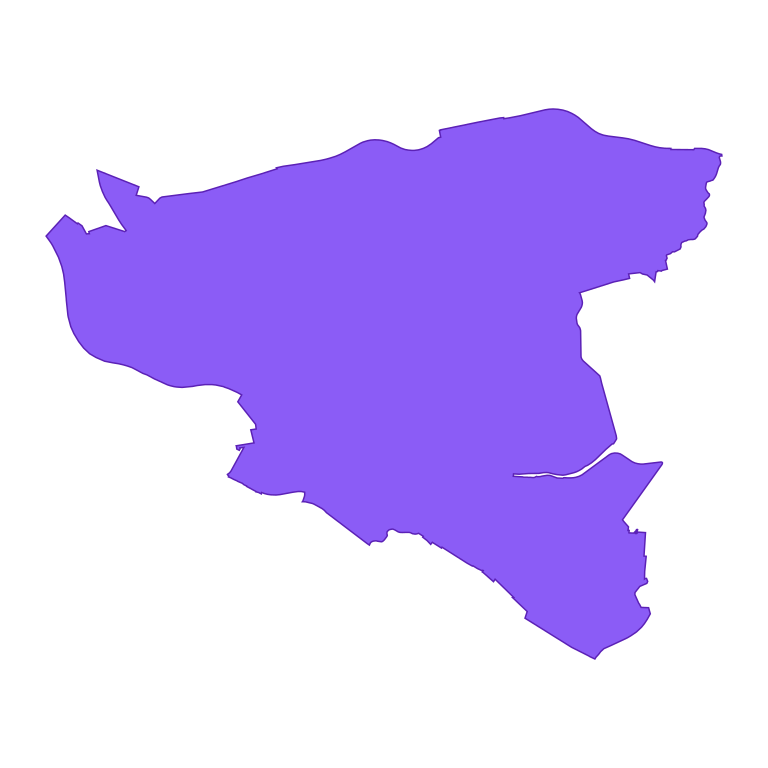 the district of Parramatta, New South Wales, Australia
{"feature_id": "25037944B24816754384688", "entity_name": "Parramatta", "entity_type": "district", "adm_level": 2, "iso_a3": "AUS", "parent_name": "Australia", "parent_adm1": "New South Wales", "projection": "albers", "projection_center": [151.053, -33.808], "detail": "fine", "context": "isolated", "style": "filled", "palette": "violet", "viewbox_px": 768, "rotation_deg": 0, "n_neighbors": 0, "source": "geoboundaries", "source_scale": "gbopen_adm2", "svg_char_len": 6079}
<svg xmlns="http://www.w3.org/2000/svg" viewBox="0 0 768 768"><path d="M58.5,257.3L61.8,266.5L63.6,274.1L64.7,282.4L66.3,299.1L66.3,300.0L67.9,315.1L68.2,316.9L70.8,326.7L73.9,333.6L78.7,341.6L83.7,348.1L89.6,353.7L96.1,357.5L104.6,361.2L112.7,362.8L118.4,363.7L123.2,364.8L127.4,366.0L132.0,367.6L142.9,373.4L147.0,374.9L154.4,378.9L167.4,384.8L170.2,385.7L173.9,386.6L176.6,387.0L182.1,387.4L192.6,386.4L197.3,385.5L204.9,384.6L212.1,384.6L215.9,385.0L223.8,386.7L224.1,387.0L228.5,388.5L237.0,392.3L241.7,394.9L237.8,401.8L255.6,424.3L256.2,429.0L250.8,429.8L254.0,442.9L236.2,445.8L236.4,446.3L236.8,449.1L239.3,450.3L240.1,448.8L239.9,447.9L243.9,447.4L231.0,471.0L229.5,472.9L227.4,474.4L227.9,475.2L228.7,475.9L228.4,476.9L230.7,477.8L233.5,479.3L237.3,481.0L237.6,481.3L242.3,483.3L243.9,484.7L246.7,486.0L246.6,486.4L256.0,491.5L255.9,491.8L258.6,492.5L261.3,493.9L261.6,492.5L264.3,493.5L267.4,494.3L270.8,494.8L276.0,495.0L280.0,494.6L293.0,492.2L298.1,491.5L301.2,491.5L304.7,492.2L304.7,494.8L304.5,496.2L302.9,501.0L302.4,501.7L305.4,501.8L312.5,503.5L314.1,504.2L322.1,508.6L324.3,510.3L326.5,512.7L367.2,543.6L369.4,545.1L370.2,543.3L370.8,542.4L372.0,541.6L373.4,541.1L376.0,540.8L377.5,541.2L381.4,541.8L382.2,541.6L382.9,541.2L384.4,539.8L386.7,536.7L387.2,535.8L387.3,535.1L387.0,534.2L386.9,533.4L387.0,532.3L387.2,531.6L388.7,530.1L389.7,529.6L392.1,529.1L393.2,529.2L395.0,530.0L398.2,531.9L400.0,532.4L402.2,532.5L405.4,532.4L409.3,532.4L410.5,532.7L412.5,533.7L415.1,534.1L416.8,533.9L418.6,533.3L423.3,536.3L422.7,537.2L427.0,540.5L430.7,544.4L432.3,542.3L441.5,548.1L442.0,547.2L467.0,563.1L472.4,566.1L472.9,565.8L477.5,568.6L482.0,570.7L482.8,570.3L483.3,570.6L482.3,572.0L483.1,572.5L493.5,581.7L495.1,579.2L513.7,597.4L512.6,597.6L527.2,611.5L525.0,618.2L571.6,647.3L588.7,655.9L589.8,656.6L594.9,659.0L596.0,657.2L598.5,654.5L600.6,651.7L603.8,648.7L611.0,645.5L627.4,637.8L631.1,635.6L636.5,631.9L641.6,627.1L644.5,623.5L647.2,619.4L650.3,613.8L648.6,607.7L641.1,607.4L639.4,604.1L638.8,603.4L634.9,594.7L635.0,592.5L639.8,586.4L646.9,583.3L647.7,581.4L646.5,578.4L645.2,578.5L644.5,579.0L644.7,571.3L646.2,556.3L644.0,556.1L645.5,532.6L638.0,532.1L636.7,533.5L635.3,533.5L635.2,533.3L635.3,533.0L636.1,532.0L636.4,531.8L637.1,531.8L637.3,531.6L637.0,531.2L636.9,530.9L637.6,530.0L637.7,529.8L637.5,529.5L637.1,529.5L636.5,529.6L636.2,530.5L633.7,533.1L629.0,532.9L628.9,532.5L629.2,530.4L628.7,530.1L628.0,530.3L628.5,526.9L623.8,521.5L622.5,519.8L662.0,464.5L662.4,463.5L662.4,462.6L661.8,462.1L661.0,462.0L643.0,464.1L640.9,464.1L637.8,463.7L635.0,463.0L632.1,461.7L622.0,454.9L620.3,453.9L617.8,453.2L614.6,453.0L611.5,453.6L609.3,454.7L582.1,474.8L579.1,476.3L575.8,477.3L573.5,477.7L571.1,477.9L568.0,477.9L564.3,477.7L563.5,477.8L563.0,478.3L557.2,478.0L550.0,475.4L547.1,475.3L542.1,476.1L540.1,476.6L537.6,476.7L536.5,476.4L534.6,477.4L533.1,477.6L530.0,477.3L528.7,477.4L527.3,477.2L523.7,477.2L522.6,476.9L513.3,476.3L513.5,473.9L519.3,474.2L528.9,473.5L538.8,473.4L543.7,472.6L546.7,472.5L548.7,472.7L552.9,473.8L556.9,474.6L562.9,475.2L565.7,474.8L573.9,472.7L576.5,471.8L579.2,470.5L582.0,468.8L585.0,466.4L587.6,465.3L591.5,462.8L595.3,459.7L606.1,449.2L612.1,444.0L613.5,443.8L614.0,443.1L616.5,439.1L616.6,438.4L616.2,435.6L601.7,383.4L600.5,378.2L599.8,375.9L583.2,360.9L581.9,359.2L581.1,357.3L581.0,355.8L580.6,330.7L580.3,329.3L579.7,327.6L577.5,324.6L577.0,323.1L576.3,318.1L576.5,316.2L577.0,314.5L581.3,307.3L581.9,305.7L582.3,303.9L582.4,302.4L582.1,300.5L580.4,294.4L579.9,293.3L579.5,292.8L613.9,281.9L623.3,279.9L629.6,278.4L628.6,273.9L640.1,272.6L642.5,274.0L647.1,275.0L653.4,280.1L654.6,281.7L656.1,271.9L657.6,271.5L657.8,270.6L661.5,271.1L662.0,270.5L667.4,269.1L665.5,260.4L666.4,260.0L666.7,258.7L667.1,258.2L666.4,255.8L666.6,255.0L667.0,254.8L670.5,253.6L672.5,251.8L673.0,251.7L674.1,251.9L674.8,251.7L680.1,249.0L680.9,247.2L681.0,246.1L680.8,245.3L681.1,244.0L681.5,243.0L682.0,242.3L683.2,241.9L684.5,241.2L686.4,240.8L688.2,239.8L690.9,239.5L693.0,239.5L694.4,239.2L695.3,238.8L697.5,236.3L697.7,235.1L698.0,234.3L700.2,231.7L702.1,230.0L703.9,229.0L705.9,226.6L706.8,224.5L707.0,223.2L706.8,222.6L705.0,220.0L704.0,217.3L704.0,217.0L705.4,213.3L705.9,210.2L705.5,208.4L704.1,206.0L704.2,204.7L703.9,202.3L704.5,201.2L706.8,198.9L708.9,196.6L709.4,195.6L709.5,194.9L709.3,193.9L708.6,193.4L707.8,192.5L706.4,190.3L705.7,189.0L705.6,188.2L705.6,187.1L706.3,183.3L706.6,182.4L707.3,181.8L710.3,181.0L711.1,180.6L712.9,180.1L714.0,178.7L715.3,176.7L716.1,175.0L716.6,173.7L718.4,167.7L719.4,165.7L720.3,164.6L720.5,163.9L720.6,162.9L720.5,161.7L719.3,157.6L719.6,156.5L719.8,156.3L720.4,156.0L721.9,156.0L721.7,154.4L719.5,153.9L716.5,152.9L708.5,149.6L705.1,148.8L701.4,148.4L694.6,148.4L693.8,149.7L670.9,149.5L670.9,148.4L665.0,148.3L659.6,147.7L655.1,146.8L650.1,145.4L634.8,140.4L628.4,138.8L622.8,137.9L608.5,136.1L603.7,135.2L602.1,134.7L598.6,133.4L594.9,131.3L591.2,128.6L578.4,117.5L575.0,115.2L571.8,113.4L567.6,111.5L562.9,110.1L558.1,109.3L553.2,109.0L549.2,109.2L545.2,109.8L520.5,115.7L509.1,117.9L503.8,118.7L503.7,117.6L499.7,118.0L477.9,122.2L440.3,129.9L440.4,130.3L439.4,130.5L440.7,137.2L438.5,137.7L431.4,143.7L427.1,146.6L423.5,148.3L420.8,149.2L418.3,149.9L414.3,150.4L411.8,150.4L408.4,150.1L405.0,149.5L400.7,148.0L393.8,144.3L390.7,142.9L387.2,141.6L382.7,140.5L379.3,140.0L374.7,139.8L370.7,140.1L367.6,140.7L362.9,142.1L360.3,143.3L345.1,151.9L340.2,154.4L335.7,156.3L329.7,158.2L326.1,159.2L320.8,160.4L295.0,164.6L283.2,166.3L276.4,167.8L277.1,168.8L260.4,174.1L247.2,178.0L235.7,181.8L202.5,192.0L188.6,193.6L162.0,197.0L159.9,198.1L154.8,203.5L150.7,199.6L149.2,198.3L148.3,197.8L146.6,197.2L136.2,195.3L138.9,186.8L97.1,170.2L99.4,182.1L100.3,185.7L102.4,191.5L105.1,197.4L107.3,201.0L108.6,202.9L110.6,206.2L118.8,220.1L121.6,224.4L126.2,230.6L124.7,231.6L105.9,225.6L88.8,231.6L89.4,233.7L86.4,233.9L82.0,225.8L78.0,223.0L77.4,223.8L69.2,217.8L65.2,215.1L46.1,236.1L49.8,241.2L51.5,243.7L52.9,246.1L58.5,257.3Z" fill="#8b5cf6" stroke="#5b21b6" stroke-width="1.5"/></svg>